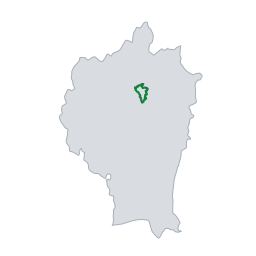 Kirawsk, Mogilev, Belarus (highlighted), rotated 275°
{"feature_id": "67162791B61593564131840", "entity_name": "Kirawsk", "entity_type": "district", "adm_level": 2, "iso_a3": "BLR", "parent_name": "Belarus", "parent_adm1": "Mogilev", "projection": "robinson", "projection_center": [29.561, 53.344], "detail": "fine", "context": "in_parent", "style": "outline", "palette": "green", "viewbox_px": 256, "rotation_deg": 275, "n_neighbors": 0, "source": "geoboundaries", "source_scale": "gbopen_adm2", "svg_char_len": 6788}
<svg xmlns="http://www.w3.org/2000/svg" viewBox="0 0 256 256"><g transform="rotate(275 128 128)"><path d="M214.4,173.4L210.1,173.2L205.0,173.3L202.1,174.9L198.9,174.1L196.7,175.0L191.7,179.3L189.7,181.6L187.8,185.2L186.7,187.8L187.4,189.7L188.3,191.4L188.5,193.3L189.0,194.7L187.8,195.8L187.0,197.3L184.9,197.0L182.2,195.6L181.7,193.4L179.6,192.0L178.3,191.2L176.1,191.1L172.6,191.8L168.0,192.3L164.5,192.4L162.7,193.2L159.9,193.9L158.8,193.1L157.2,190.7L156.0,188.3L155.1,187.2L154.3,186.9L153.4,187.0L152.3,187.7L151.5,188.5L148.6,189.4L147.3,190.3L145.9,192.5L145.0,192.3L144.0,191.8L142.9,189.4L141.4,188.8L139.0,188.8L136.0,188.2L133.6,187.5L132.7,187.7L131.2,188.7L129.6,188.9L126.2,187.9L125.5,188.4L123.5,191.1L122.6,191.2L122.1,190.9L122.4,188.5L120.4,187.7L117.0,187.5L114.6,187.9L113.5,187.8L112.9,187.3L110.1,183.4L108.5,183.1L105.8,183.3L101.7,182.8L97.1,181.9L94.5,181.6L93.2,180.7L90.3,180.4L82.7,178.8L79.5,178.5L74.9,178.4L67.8,178.1L63.3,178.3L61.2,178.8L58.7,179.2L50.3,179.6L47.3,180.1L46.4,180.9L45.4,182.7L41.8,185.9L38.4,188.0L37.8,188.1L35.8,187.0L34.2,186.7L32.3,186.5L30.9,186.9L30.0,187.4L30.1,189.9L29.9,190.1L28.5,187.2L28.7,184.6L29.6,183.1L30.6,181.7L30.3,179.7L31.4,177.1L31.5,175.1L31.1,174.3L30.3,173.3L28.2,172.3L27.2,171.4L24.3,170.3L21.5,168.9L21.0,168.1L21.2,167.5L21.7,166.6L24.0,164.0L26.5,161.5L28.1,160.5L36.4,157.3L37.7,156.2L38.1,154.3L38.1,150.4L37.7,146.9L37.2,144.5L35.8,140.0L31.9,130.6L29.7,120.9L31.3,121.4L35.2,121.6L38.3,121.0L39.9,120.9L41.3,121.1L45.4,120.6L46.4,121.4L48.2,122.2L51.8,121.1L55.0,119.7L58.3,119.9L58.7,119.2L59.6,115.7L60.6,115.0L64.6,115.3L66.0,114.7L67.6,113.0L69.9,112.0L71.8,112.0L73.9,110.8L74.8,111.6L75.3,113.0L74.6,114.1L74.9,114.6L76.2,115.1L78.6,115.1L80.2,114.7L80.5,114.0L80.6,112.8L80.2,111.7L79.2,110.8L77.3,110.3L76.0,110.3L75.8,109.7L76.3,108.4L77.5,106.0L79.0,103.8L79.9,103.0L80.1,102.3L79.9,101.0L79.9,98.6L81.3,95.3L83.1,92.9L85.4,92.1L88.3,91.6L90.1,90.5L91.0,89.2L91.9,87.1L92.8,86.7L99.6,86.9L100.7,84.9L101.2,84.3L102.6,83.7L103.5,83.0L103.2,82.4L101.4,82.0L97.4,81.7L96.5,81.0L96.8,80.2L98.0,78.1L99.1,75.4L99.6,73.3L99.7,72.0L100.3,71.7L103.6,71.3L104.7,70.8L107.7,68.0L109.8,67.5L115.4,68.2L118.0,68.2L121.3,68.4L121.6,68.1L122.8,65.2L128.4,60.6L131.4,59.1L133.2,58.7L133.9,58.8L136.8,61.2L137.5,61.3L139.5,60.3L143.0,60.2L144.5,61.0L146.8,64.0L148.0,64.4L151.3,62.7L153.2,62.2L154.4,62.2L160.7,64.5L161.1,65.2L161.2,66.1L160.2,68.8L161.5,70.4L163.0,71.5L166.2,69.7L167.4,69.2L168.7,69.1L170.5,68.5L171.7,67.4L172.9,67.1L175.3,67.3L179.4,67.1L184.3,68.7L184.7,69.2L187.2,71.1L188.0,72.0L188.9,72.3L190.2,73.3L191.9,73.9L193.1,73.7L193.7,74.0L194.2,74.7L194.3,76.0L194.1,79.5L192.4,81.4L192.2,82.0L192.3,82.8L193.7,84.4L195.5,86.7L195.9,88.1L195.9,89.2L193.5,92.3L192.7,93.0L192.2,94.5L191.9,96.1L192.0,96.8L196.2,99.3L199.2,100.6L199.9,101.3L200.0,101.7L198.4,104.4L198.2,105.1L200.7,106.2L202.0,107.9L203.2,110.8L205.6,113.5L214.2,117.5L215.0,118.3L215.3,119.1L215.0,121.0L213.5,124.6L215.0,125.1L218.8,124.9L223.4,125.4L229.0,127.9L229.1,129.0L228.5,130.1L228.9,131.2L229.5,132.1L234.4,134.9L234.9,135.7L235.0,137.1L234.9,138.1L233.6,138.3L232.1,138.8L229.7,140.0L228.8,141.7L224.9,144.0L222.5,145.1L220.5,145.2L215.9,144.7L214.3,143.5L213.6,142.5L211.8,142.0L209.5,141.9L206.2,142.1L205.6,142.4L205.0,143.7L203.7,146.0L202.7,147.2L206.9,151.7L209.0,153.5L209.7,154.6L209.6,155.4L208.7,156.3L208.8,158.2L210.9,160.7L210.2,161.1L210.0,164.1L210.1,167.4L210.6,168.2L211.7,168.8L212.7,170.0L214.2,172.7L214.4,173.4Z" fill="#d9dde1" stroke="#a8b0b8" stroke-width="1"/><path d="M169.0,131.6L168.9,131.6L168.7,131.5L168.4,131.5L168.2,131.5L167.9,131.7L167.8,131.8L167.7,132.0L167.7,132.4L167.7,132.5L167.3,132.4L167.1,132.3L166.8,132.4L166.6,132.3L166.4,132.3L166.3,132.6L166.1,132.7L166.0,132.8L165.9,132.9L165.7,133.1L165.6,133.3L165.5,133.5L165.2,133.7L165.1,133.9L164.9,134.0L164.7,134.4L164.7,134.6L164.6,134.9L164.5,135.1L164.5,135.3L164.4,135.4L164.1,135.5L163.9,135.5L163.6,135.6L163.4,135.8L163.1,136.0L162.8,136.4L162.7,136.5L162.4,136.7L162.1,136.7L162.0,136.9L162.1,137.0L161.9,137.2L161.7,137.2L161.6,137.3L161.4,137.3L161.2,137.4L160.9,137.3L160.8,137.2L160.7,137.1L160.3,136.9L160.2,136.9L160.1,137.0L159.9,137.2L159.8,137.4L159.7,137.5L159.6,137.8L159.4,138.1L159.2,138.2L158.9,138.1L158.7,138.0L158.4,138.3L158.2,138.5L157.9,138.6L157.7,138.7L157.3,138.7L157.1,138.6L156.8,138.6L156.5,138.7L156.3,138.8L156.1,139.0L155.8,139.3L155.7,139.5L155.4,139.6L155.4,139.8L155.2,139.9L155.0,139.7L154.9,139.6L154.7,139.7L154.6,139.8L154.8,140.0L154.8,140.4L155.0,140.6L155.3,140.7L155.5,140.8L155.6,141.1L155.8,141.1L156.0,141.1L156.2,141.3L156.4,141.3L156.5,141.3L157.0,141.3L157.1,141.5L157.3,141.8L157.4,142.0L157.5,142.2L157.6,142.3L157.8,142.3L157.9,142.2L158.0,142.1L158.5,142.1L158.5,142.3L158.4,142.4L158.3,142.6L158.4,142.9L158.6,143.0L158.8,143.3L158.9,143.5L159.1,143.5L159.2,143.4L159.3,143.3L159.4,143.2L159.6,143.2L159.8,143.0L159.8,142.8L159.7,142.6L159.4,142.4L159.2,142.4L158.9,142.2L159.0,142.1L159.3,142.0L159.6,142.1L159.8,142.1L160.1,142.1L160.3,142.2L160.6,142.2L160.8,142.2L160.9,142.3L161.1,142.4L161.3,142.5L161.7,142.5L161.8,142.5L162.0,142.3L162.2,142.2L162.4,142.2L162.5,142.3L162.4,142.5L162.4,142.8L162.5,143.0L162.7,143.4L162.8,143.6L163.0,143.7L163.2,143.8L163.5,143.8L163.9,143.7L164.1,143.6L164.3,143.4L164.4,143.2L164.6,143.2L164.8,143.2L165.0,143.0L165.0,142.9L165.5,142.8L165.6,142.7L165.8,142.5L166.1,142.5L166.3,142.5L166.3,142.8L166.2,143.1L166.4,143.2L166.6,143.1L166.9,143.1L167.0,143.3L167.0,143.6L167.2,143.8L167.3,143.8L167.7,143.7L168.0,144.0L168.4,144.3L168.7,144.2L168.9,144.1L169.1,143.9L169.1,143.6L169.4,143.5L169.6,143.3L169.6,143.2L169.3,142.9L169.2,142.7L169.3,142.4L169.6,142.3L169.8,142.1L169.8,141.8L169.8,141.6L169.8,141.4L169.8,141.1L169.7,140.9L169.4,140.5L169.3,140.2L169.3,139.7L169.2,139.6L169.1,139.3L169.1,139.2L169.5,138.9L169.9,138.9L170.1,138.7L170.1,138.4L170.4,138.2L170.5,138.1L171.1,137.9L171.4,138.0L171.4,138.3L171.4,138.5L171.6,138.7L171.8,138.6L172.0,138.5L172.1,138.3L172.2,138.2L172.3,138.1L172.5,138.2L172.7,138.4L172.7,138.6L172.6,138.8L172.4,138.9L172.4,139.0L172.7,139.3L172.9,139.3L173.1,139.3L173.1,139.0L173.1,138.7L173.1,138.4L172.9,138.2L172.7,138.0L172.7,137.9L172.7,137.7L172.8,137.6L172.7,137.4L172.4,137.3L172.3,137.2L172.2,137.2L171.8,137.0L171.6,137.0L171.5,136.9L171.6,136.7L171.7,136.3L171.6,136.2L171.4,135.9L171.4,135.7L171.2,135.4L171.1,135.2L171.3,134.9L171.2,134.8L171.1,134.7L170.9,134.5L170.7,134.5L170.4,134.5L170.3,134.4L170.1,134.4L170.0,134.2L170.4,133.9L170.5,133.8L170.5,133.7L170.3,133.4L170.1,133.3L170.0,133.2L169.6,133.0L169.5,132.9L169.4,132.8L169.3,132.6L169.3,132.4L169.2,132.2L169.1,131.9L169.1,131.6L169.0,131.6Z" fill="none" stroke="#15803d" stroke-width="2"/></g></svg>